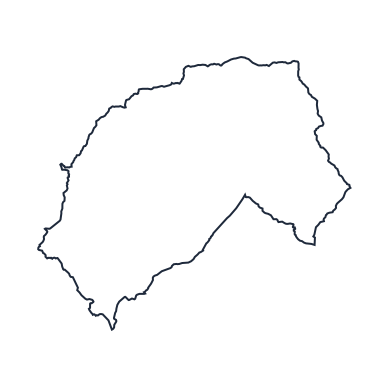 outline of Sarulesti, Buzau, Romania, rotated 265°
{"feature_id": "2599482B39885931809271", "entity_name": "Sarulesti", "entity_type": "district", "adm_level": 2, "iso_a3": "ROU", "parent_name": "Romania", "parent_adm1": "Buzau", "projection": "mercator", "projection_center": [26.772, 45.488], "detail": "fine", "context": "isolated", "style": "outline", "palette": "slate", "viewbox_px": 384, "rotation_deg": 265, "n_neighbors": 0, "source": "geoboundaries", "source_scale": "gbopen_adm2", "svg_char_len": 5945}
<svg xmlns="http://www.w3.org/2000/svg" viewBox="0 0 384 384"><g transform="rotate(265 192 192)"><path d="M313.8,283.8L310.8,279.6L312.1,277.4L311.8,276.0L312.1,274.3L312.0,272.0L312.2,271.1L312.2,269.8L312.5,268.9L315.5,263.7L319.5,259.9L320.5,257.5L321.2,256.6L322.1,253.0L322.1,251.9L321.2,247.2L321.2,245.3L320.6,242.4L319.0,238.6L318.2,235.9L316.8,233.6L315.6,232.5L315.4,231.9L315.7,231.2L316.7,230.2L317.0,229.6L317.1,228.5L316.9,227.5L317.8,225.2L317.3,224.0L317.5,222.4L317.3,221.4L316.8,220.2L316.3,219.7L315.8,218.7L317.4,216.4L317.9,213.6L317.7,211.3L318.0,209.2L317.1,205.2L317.1,203.0L316.8,201.7L318.0,199.4L317.2,196.8L315.0,194.5L312.3,194.4L310.9,193.8L308.9,194.2L305.4,192.8L305.4,192.0L303.7,191.3L301.1,189.2L301.0,188.9L301.9,187.3L301.7,186.6L302.0,185.6L301.5,183.4L301.8,182.3L302.4,181.4L301.1,180.7L300.8,180.3L300.3,178.8L299.3,173.3L300.1,171.6L300.2,170.7L299.5,167.2L299.3,166.1L299.4,162.8L298.3,161.6L297.9,160.1L298.7,157.0L299.1,151.5L298.9,148.2L298.3,147.8L296.8,147.6L295.1,146.6L294.9,146.8L294.5,146.4L294.4,145.9L294.9,144.1L294.6,142.5L293.4,141.7L292.7,140.1L289.9,137.4L289.4,134.7L288.8,134.2L284.5,132.8L282.2,133.3L282.2,132.5L281.9,132.3L282.3,130.9L283.8,128.1L283.5,126.5L283.8,123.2L283.6,122.1L284.2,120.4L283.7,119.2L282.9,118.4L282.3,116.8L280.0,116.1L278.4,114.7L277.5,113.5L275.7,112.2L274.7,110.1L274.6,108.8L274.2,107.7L273.3,106.4L272.2,105.4L270.8,102.7L266.8,102.6L265.4,101.4L264.2,99.9L260.1,97.8L258.9,96.6L258.5,95.5L257.9,94.7L255.6,93.7L254.4,93.5L252.3,92.2L249.2,91.5L247.1,89.8L247.1,88.6L246.7,88.0L243.0,86.0L242.3,85.0L240.3,84.4L238.8,83.1L238.5,82.7L238.6,80.4L236.8,79.6L235.7,78.1L234.2,77.5L233.1,76.6L232.2,76.3L230.2,74.3L227.7,74.3L227.7,73.0L227.2,72.1L227.5,69.8L227.4,68.0L227.7,67.5L228.6,67.3L229.1,66.9L229.1,66.5L231.5,64.6L231.5,64.2L230.7,63.2L228.2,64.1L225.6,64.5L225.4,65.0L225.4,66.5L224.5,69.8L224.1,70.3L223.5,70.8L221.6,70.4L220.4,71.1L219.5,70.6L219.1,70.9L217.9,70.8L217.4,69.5L216.9,69.3L214.3,70.0L211.8,68.1L210.6,68.7L209.5,67.9L206.3,68.3L204.5,67.3L202.2,63.9L200.1,63.9L197.8,64.7L194.3,64.2L193.1,62.7L191.6,61.9L186.7,61.4L184.1,60.1L182.1,60.0L176.0,58.6L174.8,57.7L168.0,47.5L167.8,46.6L168.4,43.3L168.4,42.7L168.1,42.2L165.7,44.2L165.0,44.4L164.3,44.1L162.3,42.4L161.0,40.7L160.1,40.4L158.0,40.5L156.3,39.7L155.1,38.8L152.5,35.4L151.2,35.8L150.6,34.6L149.9,34.1L148.4,33.8L147.6,34.5L146.6,37.6L144.1,38.4L143.6,39.4L141.8,40.7L140.3,40.4L138.5,41.9L139.0,43.0L138.8,43.4L138.8,45.1L138.2,46.0L138.5,46.3L137.8,47.1L138.2,47.4L138.6,49.0L138.3,49.8L137.7,50.4L138.0,52.1L137.8,52.4L132.1,55.9L129.0,56.2L126.2,57.0L125.7,57.5L125.8,58.4L122.3,61.7L121.2,62.5L119.5,62.9L118.1,63.7L117.5,65.9L106.6,70.0L104.2,69.1L101.7,71.2L98.8,72.9L94.9,76.5L94.0,78.0L94.3,80.5L93.3,83.1L92.5,83.8L91.4,84.3L91.0,84.1L89.9,82.3L90.1,81.6L89.9,81.0L89.5,80.7L85.9,80.4L85.2,80.1L84.6,79.1L83.1,79.6L79.9,81.5L79.4,82.1L78.3,82.5L78.7,83.6L78.6,84.2L77.1,85.4L77.6,86.1L77.2,87.5L77.9,88.5L78.4,89.7L78.3,91.1L77.9,92.4L71.4,97.6L61.9,100.2L62.6,101.6L63.9,102.6L66.5,103.0L69.3,105.1L70.1,105.4L71.3,105.1L72.3,103.6L72.7,103.3L73.4,103.3L78.2,104.9L79.9,106.0L82.6,106.6L86.1,107.8L89.1,109.9L93.3,115.7L93.4,116.3L93.0,116.8L89.9,119.4L89.9,120.0L91.1,122.9L90.1,125.3L90.6,126.1L93.8,127.4L94.5,128.4L95.1,130.8L94.7,135.4L94.9,136.5L96.4,135.5L96.7,136.4L98.0,137.7L98.5,138.9L99.9,140.0L100.5,140.0L104.2,143.2L107.7,145.4L109.9,145.5L111.1,146.2L111.9,147.6L112.5,150.1L115.7,155.0L118.1,163.9L118.9,165.1L120.1,165.6L121.6,167.5L121.7,170.1L121.4,171.2L121.4,173.0L122.1,176.0L122.0,182.2L123.1,185.1L125.0,187.7L127.1,189.2L129.2,192.1L131.1,194.1L131.3,195.3L132.7,198.0L133.4,197.7L139.6,201.8L140.2,202.8L142.5,205.0L143.6,205.0L143.9,205.7L144.9,206.7L145.9,207.0L146.3,207.8L146.8,208.0L147.1,208.6L149.2,209.8L162.9,224.6L165.1,227.6L171.9,234.6L180.4,241.6L184.6,244.6L182.3,245.1L182.1,245.6L182.0,247.8L181.3,249.2L177.9,251.7L176.0,253.7L175.2,254.4L173.8,256.9L171.9,257.1L170.6,258.2L169.4,260.8L167.1,260.6L165.1,262.4L164.5,263.4L163.6,266.0L161.9,268.6L157.8,270.8L157.6,273.6L157.2,274.2L156.6,274.7L155.8,274.9L154.5,275.5L154.6,279.3L152.8,281.7L152.1,283.0L151.9,284.7L152.1,287.0L151.1,290.1L150.5,290.3L148.4,289.4L148.1,289.5L147.8,291.3L146.3,291.6L146.0,291.3L145.9,290.3L145.6,290.1L144.5,290.0L143.7,290.9L141.1,290.6L140.4,290.9L140.0,291.6L138.9,291.7L137.7,292.3L135.7,293.6L134.1,295.3L133.4,297.4L131.8,299.2L130.9,301.1L129.9,306.3L128.6,309.5L135.9,310.5L137.1,309.0L138.9,310.2L146.1,312.4L148.3,315.0L150.8,317.2L151.4,320.9L153.0,320.7L154.0,321.1L155.3,322.7L157.3,323.4L157.6,324.0L158.8,324.9L159.4,327.0L159.6,330.3L161.1,331.1L162.2,332.8L163.6,334.1L165.6,334.1L167.5,335.2L168.4,336.2L171.7,340.7L173.5,342.4L178.4,344.7L179.2,345.4L181.1,347.5L182.3,350.2L183.9,349.4L185.1,349.5L185.5,349.2L186.4,347.1L187.1,347.0L190.0,344.6L193.6,343.1L195.1,341.9L195.6,340.7L196.0,340.3L197.3,339.8L199.5,339.7L200.9,339.1L202.1,339.0L203.1,337.7L204.2,336.8L206.0,336.2L208.2,333.1L209.4,332.1L210.0,331.1L210.9,330.5L211.3,330.3L213.4,331.3L215.2,331.1L217.5,331.5L222.0,328.8L224.6,326.6L224.9,326.2L224.9,325.1L225.3,324.1L226.0,323.7L226.7,323.9L228.9,322.5L230.1,322.5L233.2,320.7L237.1,321.2L238.9,319.7L241.8,319.5L242.4,320.2L242.8,321.0L244.0,321.3L244.6,323.0L246.1,324.2L246.6,326.4L246.7,327.8L248.2,328.8L249.2,328.9L251.9,327.7L255.1,327.3L257.1,324.9L259.1,324.0L261.7,324.6L263.7,324.2L267.9,324.0L271.9,324.7L274.3,322.6L276.4,319.7L278.2,319.0L279.3,317.5L280.9,316.6L284.9,316.6L285.5,316.3L287.0,314.8L289.3,313.2L290.4,311.7L291.5,311.3L293.0,310.4L294.6,308.8L296.8,309.0L297.4,308.2L298.7,307.9L303.0,308.3L305.0,309.1L306.2,308.9L310.8,309.4L312.5,308.9L312.9,308.0L313.2,306.2L313.7,305.2L313.4,303.4L312.1,301.7L311.7,298.8L311.9,298.0L313.1,296.4L313.2,294.6L313.6,293.6L313.7,289.2L313.2,287.4L313.9,285.6L313.8,283.8Z" fill="none" stroke="#1e293b" stroke-width="2"/></g></svg>